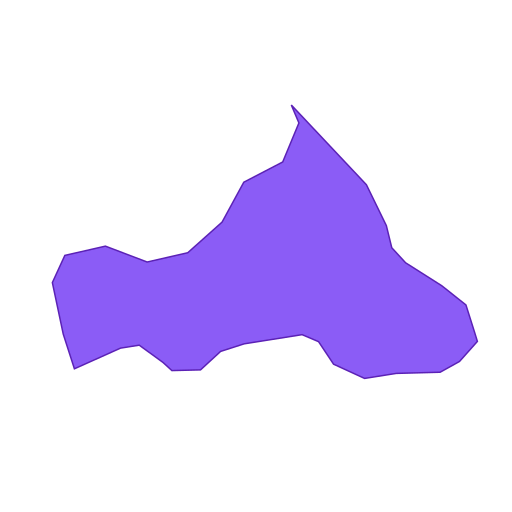 the district of Guri-si, Gyeonggi, South Korea, rotated 261°
{"feature_id": "91817680B5684950588758", "entity_name": "Guri-si", "entity_type": "district", "adm_level": 2, "iso_a3": "KOR", "parent_name": "South Korea", "parent_adm1": "Gyeonggi", "projection": "orthographic", "projection_center": [127.129, 37.591], "detail": "fine", "context": "isolated", "style": "filled", "palette": "violet", "viewbox_px": 512, "rotation_deg": 261, "n_neighbors": 0, "source": "geoboundaries", "source_scale": "gbopen_adm2", "svg_char_len": 598}
<svg xmlns="http://www.w3.org/2000/svg" viewBox="0 0 512 512"><g transform="rotate(261 256 256)"><path d="M173.0,59.0L186.2,107.8L186.2,126.7L165.4,147.5L156.0,155.0L152.2,183.4L167.3,206.1L171.1,230.6L171.1,289.2L161.6,304.4L137.0,315.7L118.1,344.1L118.1,366.8L118.1,376.2L112.4,419.7L120.0,440.5L137.0,461.3L146.2,460.0L174.8,455.7L197.5,434.9L225.9,402.7L242.9,391.4L265.6,389.5L309.1,376.2L399.6,314.5L380.7,319.2L344.7,297.1L330.8,255.5L294.8,227.8L269.9,189.1L267.1,147.5L289.3,108.8L286.5,67.3L261.6,50.7L209.0,53.4L173.0,59.0Z" fill="#8b5cf6" stroke="#5b21b6" stroke-width="1.5"/></g></svg>